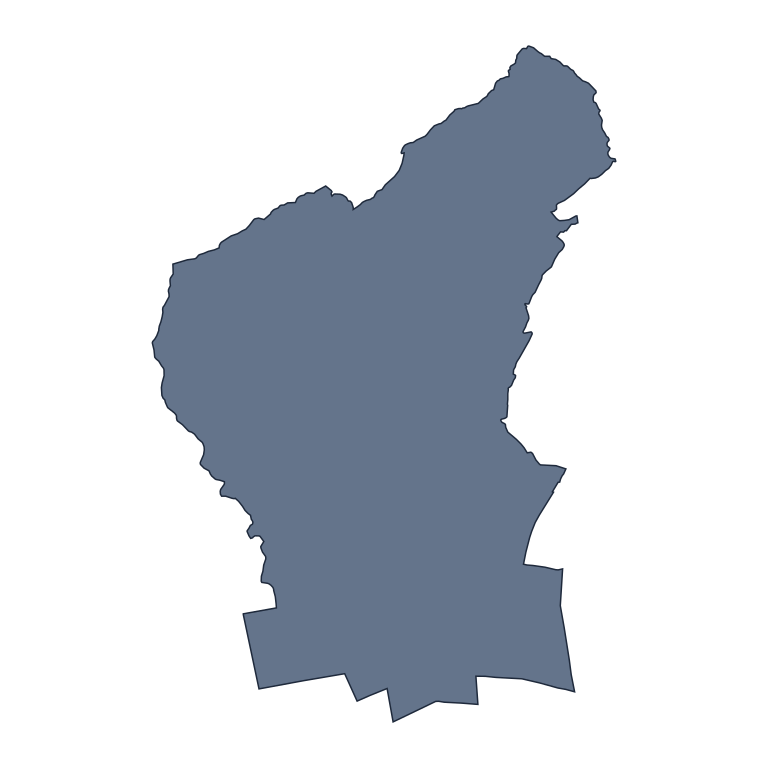 Gornet, Prahova, Romania (Mercator projection)
{"feature_id": "2599482B23838810284079", "entity_name": "Gornet", "entity_type": "district", "adm_level": 2, "iso_a3": "ROU", "parent_name": "Romania", "parent_adm1": "Prahova", "projection": "mercator", "projection_center": [26.087, 45.131], "detail": "fine", "context": "isolated", "style": "filled", "palette": "slate", "viewbox_px": 768, "rotation_deg": 0, "n_neighbors": 0, "source": "geoboundaries", "source_scale": "gbopen_adm2", "svg_char_len": 6071}
<svg xmlns="http://www.w3.org/2000/svg" viewBox="0 0 768 768"><path d="M507.7,405.3L507.4,404.2L507.8,399.6L507.8,393.5L508.3,390.0L508.2,388.3L508.8,387.5L509.6,387.3L511.5,385.4L513.7,380.0L515.3,377.7L515.6,375.6L515.4,375.2L513.3,374.1L513.6,369.8L515.3,366.8L515.9,364.0L516.9,361.7L519.3,358.0L529.1,340.7L532.2,333.9L531.9,332.6L531.1,331.9L524.5,333.2L523.4,332.8L523.1,332.3L523.1,331.5L525.5,327.0L526.9,322.9L528.3,320.3L528.9,318.4L528.6,315.8L526.0,307.8L526.6,306.9L526.6,306.5L525.0,304.8L525.0,303.8L525.6,303.6L527.0,304.0L528.7,303.9L529.2,303.0L531.7,296.6L532.8,294.7L535.1,292.3L538.6,284.8L541.1,280.0L541.7,278.5L542.1,275.5L542.5,274.8L546.2,271.0L551.4,266.9L554.7,259.3L558.7,252.7L562.2,249.5L563.8,246.7L564.2,245.5L564.2,244.7L563.9,243.7L563.0,242.2L562.1,241.0L556.9,236.7L557.2,236.1L560.5,231.9L563.6,232.1L564.9,230.7L566.5,230.7L571.3,224.3L575.1,224.1L576.7,223.2L577.9,222.8L576.9,215.9L575.8,216.0L569.1,219.7L564.4,220.4L560.0,220.7L559.1,220.5L557.9,219.8L556.1,218.2L551.1,212.1L554.4,211.1L555.4,210.0L556.4,209.4L556.6,208.3L556.4,205.1L557.3,204.0L558.2,203.3L564.5,200.4L573.6,193.7L578.6,188.9L584.6,183.9L590.0,178.3L591.2,178.5L595.4,178.0L598.2,176.9L602.0,174.1L605.5,170.6L608.7,168.4L611.1,165.1L612.6,161.7L613.4,161.3L615.2,161.7L615.7,161.4L615.5,160.1L615.0,158.9L611.1,158.3L610.0,157.6L609.1,156.6L608.0,154.6L607.8,152.9L608.2,151.7L609.5,149.7L609.9,148.4L609.7,148.0L607.5,146.2L607.1,145.1L607.0,143.4L607.5,142.1L609.0,140.4L609.0,139.3L608.1,137.5L606.5,136.4L606.1,135.7L604.7,132.9L602.6,129.8L601.7,127.3L601.5,125.0L602.2,120.5L602.0,119.8L601.3,118.1L598.8,114.1L598.8,113.2L599.0,112.2L600.0,110.8L600.0,110.2L598.6,108.9L596.1,103.4L595.3,102.6L593.8,102.1L593.1,99.7L593.3,96.8L593.9,94.8L595.6,93.3L596.1,92.6L595.9,90.9L588.5,83.2L585.5,81.8L582.6,80.8L579.5,77.9L577.1,76.2L576.0,74.6L574.6,73.1L573.7,71.3L573.0,70.5L570.7,69.3L567.5,66.2L566.3,65.9L564.0,65.9L563.3,65.6L559.9,62.0L555.7,59.4L551.2,58.6L549.7,56.3L544.6,56.3L541.3,53.6L539.6,52.8L537.8,51.5L533.6,47.8L529.3,46.2L528.3,46.1L527.8,46.4L526.5,48.6L523.6,48.4L522.2,48.9L517.2,54.9L516.9,55.7L516.7,58.5L515.8,60.1L515.5,62.9L514.3,64.0L510.8,66.0L509.9,67.5L510.1,69.4L508.5,70.4L508.4,71.4L509.1,73.7L509.0,76.0L508.8,76.6L506.1,76.9L503.0,78.3L500.3,78.9L499.1,80.2L497.3,81.0L495.6,83.2L493.7,89.7L491.5,90.6L488.3,93.7L487.5,95.4L486.7,96.5L482.9,99.0L478.3,103.4L468.2,105.9L466.5,106.6L464.7,107.8L462.7,108.1L461.7,108.7L460.3,108.5L458.5,108.6L454.9,109.7L454.0,111.3L449.8,115.0L446.0,120.1L444.0,121.2L441.1,123.5L439.0,123.9L434.3,125.8L430.5,129.8L427.0,134.4L425.2,136.2L416.7,140.0L413.2,142.5L410.3,142.8L407.8,143.7L405.3,144.9L404.4,145.7L402.7,148.2L401.3,152.1L401.2,152.9L401.8,153.5L404.1,152.9L403.9,155.2L402.1,163.3L399.2,170.4L394.5,176.6L385.3,184.8L382.0,189.6L377.3,191.3L374.9,194.9L374.2,196.6L373.4,197.6L371.8,198.3L370.4,199.4L366.6,200.3L364.2,201.4L362.4,202.4L360.3,204.6L357.2,206.9L353.2,209.5L353.3,208.1L353.0,206.7L351.6,202.6L350.1,201.1L348.4,201.0L347.9,200.5L346.5,197.8L345.7,197.0L342.6,195.0L340.1,194.2L334.6,194.0L333.6,194.4L332.0,196.1L331.5,195.1L331.2,193.9L331.2,193.1L332.0,191.9L331.2,190.5L325.7,186.0L316.0,191.3L314.0,193.3L307.8,192.8L306.6,193.1L305.9,193.4L304.1,195.1L301.2,195.7L300.0,196.2L298.2,197.4L296.9,198.9L295.4,202.5L287.6,202.9L284.1,205.0L281.1,205.2L280.1,205.6L278.0,208.1L274.4,209.4L273.2,210.2L271.1,212.4L270.5,214.0L264.1,219.5L258.5,218.1L255.0,218.8L253.8,219.6L249.4,225.4L245.9,229.2L242.2,230.9L237.6,233.7L231.2,235.9L221.6,242.1L220.5,243.2L219.4,245.3L219.1,247.9L214.3,249.9L208.3,251.4L203.7,253.4L199.7,254.6L198.6,255.2L196.3,258.0L194.8,258.8L187.4,259.8L172.9,264.1L173.2,274.0L170.6,277.8L170.1,279.1L170.0,281.0L170.4,285.8L169.2,288.0L168.5,289.7L168.4,291.3L169.0,293.9L169.1,296.6L164.4,305.4L163.0,307.2L162.6,309.3L162.9,312.3L162.2,316.6L160.9,321.8L159.3,326.1L158.8,329.1L158.8,330.4L156.8,335.7L154.8,339.1L152.7,341.5L152.3,342.9L154.0,349.9L154.7,357.0L155.0,357.6L156.2,359.0L158.8,361.2L161.6,365.9L163.2,367.8L163.8,369.0L164.0,369.9L164.1,375.7L162.1,383.0L161.4,387.6L161.9,395.4L163.1,398.2L164.8,399.9L165.4,402.4L167.3,406.8L167.9,407.8L174.5,413.0L176.0,414.8L176.5,416.1L176.5,418.2L177.0,420.3L177.5,421.0L182.4,424.6L188.4,430.9L189.4,431.5L191.6,432.1L194.5,434.1L198.1,438.9L202.2,442.3L202.9,443.5L204.1,446.8L204.3,449.9L203.6,454.7L200.3,462.4L200.2,463.3L200.5,464.5L204.1,468.2L208.6,470.6L209.2,471.2L210.3,473.9L211.7,476.0L215.1,479.0L216.1,479.5L219.8,480.2L224.4,481.7L224.4,483.8L224.2,484.4L220.7,489.4L220.2,491.2L220.4,494.1L221.6,496.2L225.7,496.2L232.1,498.3L234.2,498.7L235.2,498.3L238.6,501.3L242.5,506.3L245.1,510.5L248.1,513.5L250.5,515.3L251.3,519.3L252.4,520.8L252.9,522.2L252.6,523.9L252.3,524.3L250.4,525.4L248.9,528.3L247.2,530.7L247.1,531.5L249.0,535.9L250.7,538.4L252.6,537.8L253.3,536.9L255.0,535.8L259.0,535.9L260.0,536.3L263.8,541.5L260.8,546.5L260.9,547.9L262.5,552.1L265.5,556.3L265.7,556.9L265.8,558.4L265.7,559.2L263.7,565.1L262.9,571.3L261.4,576.2L261.2,581.1L261.8,582.4L267.6,583.3L269.1,583.9L270.9,585.2L272.9,587.4L273.6,589.1L273.7,590.5L275.3,596.6L276.1,603.7L276.4,607.9L243.3,613.8L243.3,614.6L259.0,688.9L303.5,680.7L344.7,673.7L357.1,701.1L369.8,695.5L387.1,688.5L393.1,721.9L435.7,701.4L438.7,701.3L444.2,702.2L461.4,703.1L477.9,704.4L475.9,676.2L485.2,676.3L495.8,677.4L521.9,678.8L539.5,682.9L557.9,688.0L565.8,689.4L574.6,691.8L571.2,674.6L569.3,660.0L564.2,627.8L560.3,605.7L562.6,568.9L558.2,569.9L555.7,569.7L545.0,567.2L533.0,565.5L526.9,565.0L523.5,564.2L525.9,552.1L529.7,537.4L531.7,531.3L535.2,522.5L539.3,515.1L553.5,492.2L552.4,491.8L558.1,482.3L559.7,482.1L560.6,478.9L562.2,475.7L563.6,474.0L565.9,468.9L556.0,465.7L540.5,464.9L539.4,464.1L536.0,460.1L532.5,453.4L530.9,452.2L527.2,452.8L524.1,447.8L521.0,444.0L516.3,439.3L507.8,432.1L505.7,427.3L505.4,424.5L504.7,423.7L501.9,422.3L500.8,420.5L500.7,420.0L501.1,419.5L501.8,419.1L504.7,418.4L506.1,417.6L506.9,416.8L507.7,405.3Z" fill="#64748b" stroke="#1e293b" stroke-width="1.5"/></svg>